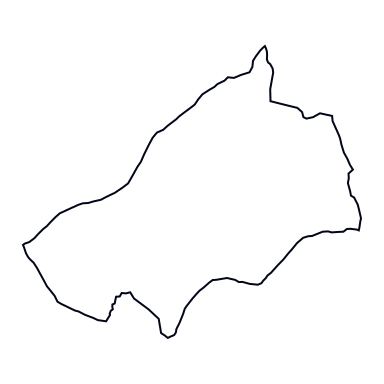 the district of Lau, Taraba, Nigeria
{"feature_id": "59680162B35636298384814", "entity_name": "Lau", "entity_type": "district", "adm_level": 2, "iso_a3": "NGA", "parent_name": "Nigeria", "parent_adm1": "Taraba", "projection": "equal_earth", "projection_center": [11.399, 9.198], "detail": "fine", "context": "isolated", "style": "outline", "palette": "ink", "viewbox_px": 384, "rotation_deg": 0, "n_neighbors": 0, "source": "geoboundaries", "source_scale": "gbopen_adm2", "svg_char_len": 2375}
<svg xmlns="http://www.w3.org/2000/svg" viewBox="0 0 384 384"><path d="M167.8,337.9L170.5,336.6L174.1,335.1L175.8,332.6L176.5,328.8L179.1,323.8L180.7,320.0L183.2,313.7L184.8,308.7L186.5,306.2L192.6,298.4L196.0,294.5L199.5,290.7L203.7,287.5L209.1,282.7L212.7,280.0L216.3,279.8L227.0,278.0L235.2,279.9L238.9,282.1L242.5,281.9L243.9,282.3L249.8,283.9L257.9,284.7L261.4,283.2L263.2,280.7L265.8,278.1L267.5,275.5L271.0,272.8L273.4,270.1L277.9,265.1L283.1,259.8L288.3,253.4L291.8,249.5L297.0,243.1L303.1,237.8L308.4,236.2L312.0,236.0L322.7,231.7L324.5,231.6L328.1,231.4L328.8,231.6L331.7,232.4L337.1,232.0L343.4,231.7L346.9,229.0L350.5,228.8L356.9,229.6L358.8,230.4L359.5,227.0L360.2,222.1L361.0,218.3L358.9,209.2L357.7,204.5L354.1,197.5L351.0,195.7L350.1,191.1L347.9,183.1L348.8,178.2L348.5,173.6L352.9,169.6L349.9,164.8L347.5,159.1L346.7,157.6L343.9,152.6L341.4,144.5L340.2,138.8L338.9,135.2L336.6,130.0L335.1,126.7L333.6,123.3L332.6,121.1L332.1,115.9L327.8,115.0L320.0,113.3L313.0,117.2L306.4,118.6L303.4,117.1L302.1,112.1L297.4,107.9L282.0,104.1L270.5,101.2L270.2,89.2L273.2,72.5L272.6,68.4L270.2,64.1L268.1,62.5L266.9,59.4L267.1,55.4L266.9,51.6L266.0,48.5L264.9,46.1L262.9,47.8L260.3,50.4L255.8,56.4L253.0,60.9L252.4,66.9L249.5,72.3L241.1,74.9L234.0,77.9L227.8,77.3L224.6,80.6L220.9,82.4L217.4,84.1L214.3,87.0L209.9,89.5L202.4,94.3L200.6,96.5L198.1,99.5L196.8,101.5L194.7,104.6L191.2,107.3L182.4,113.9L178.9,116.6L176.3,119.2L171.0,123.2L167.5,125.9L163.2,129.8L156.9,132.6L152.6,137.8L152.1,138.8L149.2,144.1L144.2,154.2L140.9,161.8L137.4,166.9L133.2,174.5L128.1,183.4L122.8,187.4L114.9,192.8L112.1,194.1L106.1,197.0L100.8,199.8L93.6,201.4L88.2,203.0L82.9,203.3L78.4,204.8L75.6,206.1L72.2,207.6L59.8,213.3L55.4,217.2L50.2,222.5L46.7,226.3L43.2,229.0L38.0,234.2L34.5,238.1L29.2,242.1L24.8,243.6L23.0,244.9L24.0,247.3L26.0,253.3L28.0,256.9L29.9,259.2L33.6,262.7L37.4,268.6L39.3,272.2L43.2,279.3L45.1,282.8L47.0,286.4L49.9,289.9L51.7,292.2L54.6,295.8L57.5,301.7L57.8,301.9L61.2,303.9L65.8,306.1L70.3,308.3L74.9,310.5L78.6,311.5L85.0,314.8L90.5,316.9L93.2,317.9L94.9,318.7L97.8,320.1L106.1,321.3L110.0,315.0L109.7,313.5L110.8,310.8L112.8,309.3L112.3,306.8L112.4,304.5L114.7,303.5L115.3,300.3L116.1,296.7L119.7,296.5L121.7,293.0L126.0,293.4L130.2,292.3L134.0,298.5L148.5,309.3L158.7,318.8L161.1,333.1L164.8,335.5L167.8,337.9Z" fill="none" stroke="#020617" stroke-width="2"/></svg>